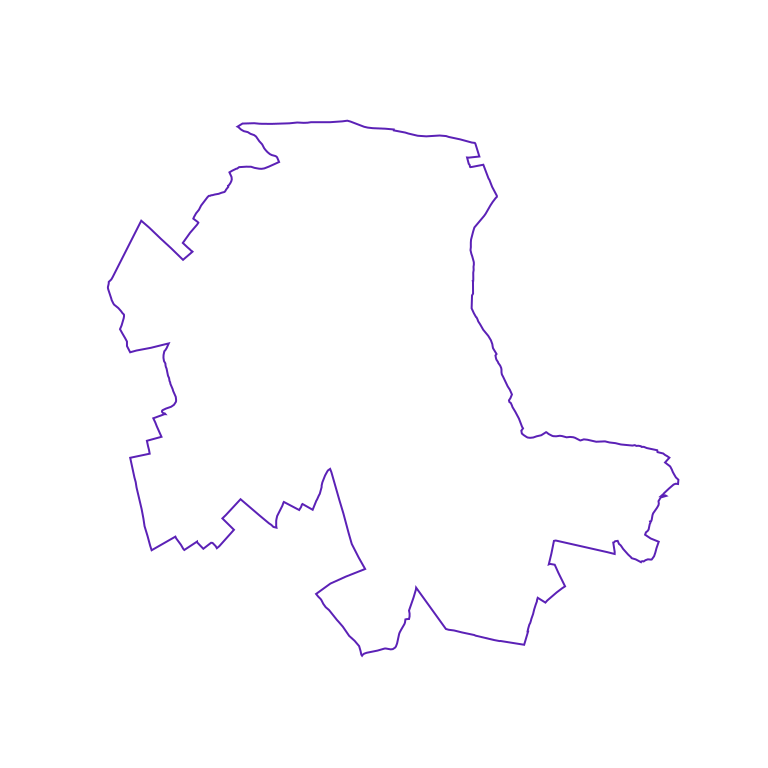 Strunga, Iasi, Romania (Mercator projection), rotated 347°
{"feature_id": "2599482B42928689760667", "entity_name": "Strunga", "entity_type": "district", "adm_level": 2, "iso_a3": "ROU", "parent_name": "Romania", "parent_adm1": "Iasi", "projection": "mercator", "projection_center": [26.943, 47.159], "detail": "fine", "context": "isolated", "style": "outline", "palette": "violet", "viewbox_px": 768, "rotation_deg": 347, "n_neighbors": 0, "source": "geoboundaries", "source_scale": "gbopen_adm2", "svg_char_len": 6153}
<svg xmlns="http://www.w3.org/2000/svg" viewBox="0 0 768 768"><g transform="rotate(347 384 384)"><path d="M514.9,621.9L511.5,607.5L509.7,598.5L505.2,596.6L504.0,596.8L508.9,587.0L514.3,575.1L515.8,575.1L516.7,575.4L563.6,598.0L570.5,601.5L571.0,599.5L571.7,590.1L572.4,590.1L573.8,589.2L576.4,589.4L577.0,592.7L578.1,594.1L578.7,595.3L579.9,598.5L583.5,605.1L585.8,608.5L586.1,609.4L589.8,611.5L594.3,615.4L594.7,614.9L595.2,614.8L596.0,614.8L597.1,615.3L599.1,614.5L601.7,614.2L604.8,615.2L605.4,615.2L608.4,612.6L610.4,609.4L612.6,605.2L616.2,599.5L609.1,594.5L604.5,589.6L605.8,587.5L607.8,586.5L609.1,585.3L611.4,580.3L612.5,579.0L612.3,577.8L613.5,577.7L614.3,576.5L616.1,572.2L617.1,570.6L622.2,566.0L624.2,563.8L624.9,562.2L625.1,559.9L625.6,559.4L628.1,556.8L633.8,556.5L633.2,555.9L629.0,555.4L631.8,553.9L632.3,553.4L638.1,550.0L643.6,547.1L645.8,546.8L648.0,547.6L649.3,543.5L647.4,540.7L646.3,537.2L645.6,534.7L645.2,532.1L644.3,528.7L640.2,523.7L645.5,520.0L643.7,518.0L641.9,516.4L640.4,514.5L635.2,511.9L635.3,510.0L625.6,505.5L623.2,503.8L622.0,503.4L621.1,503.4L620.6,503.0L620.4,502.5L619.9,502.2L618.0,501.4L616.0,501.1L614.6,500.0L612.3,499.9L601.2,496.2L596.2,493.7L590.6,491.7L586.4,489.6L577.8,488.0L569.7,484.1L566.3,482.9L562.8,483.2L562.3,483.0L557.9,479.3L556.3,478.4L553.3,477.4L549.9,477.0L545.8,474.8L543.7,474.0L540.1,473.7L537.5,473.0L536.3,472.4L533.1,469.7L531.8,468.0L531.1,467.4L525.7,469.3L520.9,469.3L517.4,469.7L514.2,469.3L512.0,468.5L511.1,467.8L508.6,465.2L507.2,463.3L507.3,460.4L509.5,458.5L508.9,456.8L507.7,448.1L505.7,440.6L504.0,435.4L503.8,433.6L503.3,431.1L502.1,429.7L502.1,428.0L504.0,426.2L506.3,423.0L505.3,417.8L504.0,414.2L501.7,403.8L501.0,401.2L501.1,399.1L501.7,396.4L501.8,394.8L501.3,392.1L500.1,389.3L500.0,388.2L499.0,385.5L498.9,383.7L499.0,381.3L500.4,380.1L498.3,373.7L498.3,372.3L498.5,369.5L498.0,365.4L496.4,360.5L492.9,353.5L491.1,347.5L489.9,344.2L489.6,341.8L489.1,339.8L488.7,339.4L487.5,335.3L486.4,330.0L489.7,317.5L491.1,316.0L493.7,304.4L493.7,303.6L494.1,303.6L494.6,301.9L496.0,295.6L497.0,293.1L497.6,289.9L498.4,287.9L498.9,285.6L498.9,284.6L498.7,279.6L498.4,276.7L498.4,273.0L499.4,270.2L500.4,265.8L501.3,262.9L505.2,255.4L507.3,251.8L519.4,242.7L521.4,240.9L527.8,234.0L530.7,231.2L534.4,228.1L536.1,227.0L536.3,226.0L533.7,216.2L532.6,208.6L532.1,207.4L530.1,192.7L518.9,192.3L516.9,192.1L516.7,191.8L516.7,189.6L516.1,188.6L515.9,182.0L517.5,182.5L528.1,183.8L527.1,170.5L526.7,169.5L523.9,168.5L513.3,162.8L502.8,157.9L500.3,156.4L494.1,154.4L480.9,152.2L472.7,149.7L464.0,145.4L461.3,143.8L450.6,139.1L450.8,138.2L442.9,135.6L430.6,132.2L425.8,130.5L422.5,128.9L410.3,120.7L407.5,119.2L402.4,118.7L389.9,116.7L371.9,112.5L368.3,112.2L364.6,111.5L358.3,109.7L350.4,108.7L332.7,105.2L321.6,102.5L316.2,100.7L304.7,98.4L299.2,100.3L299.8,100.8L302.0,104.0L303.3,105.2L304.3,106.1L307.9,107.9L310.2,110.2L313.5,112.3L315.0,114.1L317.1,119.4L319.2,123.1L320.3,127.4L321.4,129.7L322.6,131.8L324.5,134.3L326.2,135.7L329.2,137.3L330.1,138.0L330.8,139.0L331.7,144.1L320.7,146.3L315.9,147.0L313.1,146.8L310.7,146.1L306.5,144.3L303.3,142.4L298.8,141.3L291.6,140.1L289.3,141.1L288.5,141.0L284.1,142.0L281.0,143.0L282.0,148.0L281.7,150.4L280.8,152.1L279.2,154.0L277.3,155.6L276.6,155.8L276.6,156.9L273.9,159.0L273.1,160.0L271.8,161.0L268.7,161.1L265.7,161.5L261.8,161.3L259.1,161.4L258.0,161.2L257.3,161.5L255.6,161.3L254.1,162.2L245.9,169.0L242.9,172.6L239.3,175.4L236.4,178.6L235.4,180.0L239.0,184.3L239.4,185.1L237.7,186.7L229.1,193.0L219.7,201.3L223.1,206.4L225.5,209.7L225.8,210.4L226.8,211.4L227.2,212.0L216.1,217.8L207.1,203.8L199.1,192.1L190.4,178.8L184.2,170.3L143.5,219.0L141.8,220.8L138.8,222.6L138.3,224.4L136.9,227.2L136.6,228.2L136.6,229.8L137.5,239.6L137.5,240.8L138.4,244.7L138.9,246.0L142.2,250.2L144.2,253.9L145.1,256.1L146.2,257.8L146.0,259.3L145.2,261.3L141.5,267.9L139.1,271.2L140.4,275.7L142.2,281.5L143.1,284.8L142.1,289.2L143.8,296.0L150.3,295.7L165.1,296.3L183.4,296.0L180.3,300.1L178.6,301.8L177.3,302.7L175.7,306.2L175.0,308.9L174.8,312.2L175.6,314.8L175.3,316.8L175.3,318.4L175.6,320.0L175.4,327.3L175.9,329.9L175.7,332.8L176.0,334.2L175.9,335.8L176.9,341.4L177.0,343.4L178.2,349.7L177.9,352.4L177.6,353.8L177.1,354.7L174.7,357.0L173.0,357.7L171.4,358.3L166.0,358.9L162.4,359.7L161.9,360.0L161.5,360.7L161.5,361.3L161.9,362.1L162.3,362.7L163.8,363.4L164.2,364.2L163.5,364.0L151.5,365.5L152.5,370.0L153.1,374.1L155.3,385.4L140.2,386.0L140.1,391.6L140.2,395.5L140.0,399.2L120.1,398.8L119.8,419.0L120.0,423.7L119.6,429.1L119.7,451.4L119.3,461.1L118.7,468.7L119.4,478.8L119.8,489.3L120.2,493.7L146.4,485.8L146.8,487.7L150.0,495.1L151.3,499.4L152.1,500.8L166.4,495.5L166.3,496.1L166.5,496.6L170.9,503.9L179.8,499.8L181.2,500.3L183.5,504.1L184.2,506.4L187.0,505.0L205.0,492.3L196.3,478.6L200.3,476.2L218.3,464.0L233.3,484.3L240.6,493.9L242.5,495.9L244.1,498.4L246.9,499.8L247.0,498.1L248.2,493.0L248.9,491.3L250.2,488.6L257.6,479.7L259.4,476.9L259.9,476.4L273.0,487.7L275.6,485.1L276.9,483.0L277.6,482.6L286.2,490.5L291.8,482.5L292.7,481.6L295.5,477.9L296.7,476.6L300.0,470.5L300.4,468.9L301.8,466.0L306.0,459.9L309.1,456.4L310.0,455.6L312.4,454.6L312.9,458.0L314.4,487.1L315.3,500.8L316.0,521.1L316.6,532.6L320.3,547.4L324.0,560.0L303.4,563.1L286.9,566.4L270.6,573.3L272.1,576.4L273.8,579.1L274.4,580.5L275.4,584.6L277.0,588.4L279.6,591.9L285.1,603.4L286.3,605.5L289.3,611.2L293.4,621.6L297.6,627.6L300.8,633.8L301.1,639.0L301.0,642.6L301.5,643.8L302.4,643.0L304.0,642.3L306.6,642.0L317.7,642.3L325.0,641.9L326.2,642.1L330.9,644.1L332.0,644.2L333.0,644.3L335.6,643.3L336.6,642.4L338.4,639.7L342.5,631.0L343.4,629.6L345.4,627.3L349.9,622.5L350.8,621.1L351.9,618.2L353.4,618.2L355.5,618.6L356.6,616.3L357.3,613.4L357.4,610.4L364.7,598.8L368.9,591.4L369.5,589.7L389.2,636.6L391.7,638.0L396.8,639.9L404.3,643.7L415.5,648.9L416.6,649.8L433.6,658.2L438.8,660.5L439.7,660.6L461.9,669.6L468.7,657.6L468.2,657.4L469.5,654.7L471.5,651.1L472.6,649.9L473.9,647.7L474.7,646.1L477.5,641.7L479.6,637.5L482.2,633.1L484.1,630.2L484.4,629.1L485.7,626.9L492.1,633.3L494.3,631.7L505.4,625.9L511.6,623.1L514.9,621.9Z" fill="none" stroke="#5b21b6" stroke-width="2"/></g></svg>